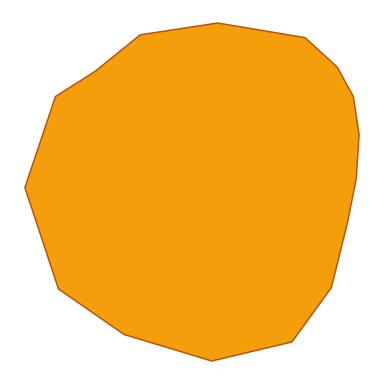 Kamituga, Sud-Kivu, Democratic Republic of the Congo
{"feature_id": "63176286B35677174574617", "entity_name": "Kamituga", "entity_type": "district", "adm_level": 2, "iso_a3": "COD", "parent_name": "Democratic Republic of the Congo", "parent_adm1": "Sud-Kivu", "projection": "orthographic", "projection_center": [28.195, -3.062], "detail": "fine", "context": "isolated", "style": "filled", "palette": "amber", "viewbox_px": 384, "rotation_deg": 0, "n_neighbors": 0, "source": "geoboundaries", "source_scale": "gbopen_adm2", "svg_char_len": 323}
<svg xmlns="http://www.w3.org/2000/svg" viewBox="0 0 384 384"><path d="M94.9,71.5L55.5,96.5L24.9,187.6L58.5,289.0L124.1,334.5L211.7,361.0L292.0,341.9L331.4,287.5L347.4,222.9L356.2,178.8L359.1,134.7L353.3,96.5L337.2,67.1L305.1,37.7L217.5,23.0L140.2,34.8L94.9,71.5Z" fill="#f59e0b" stroke="#b45309" stroke-width="1.5"/></svg>